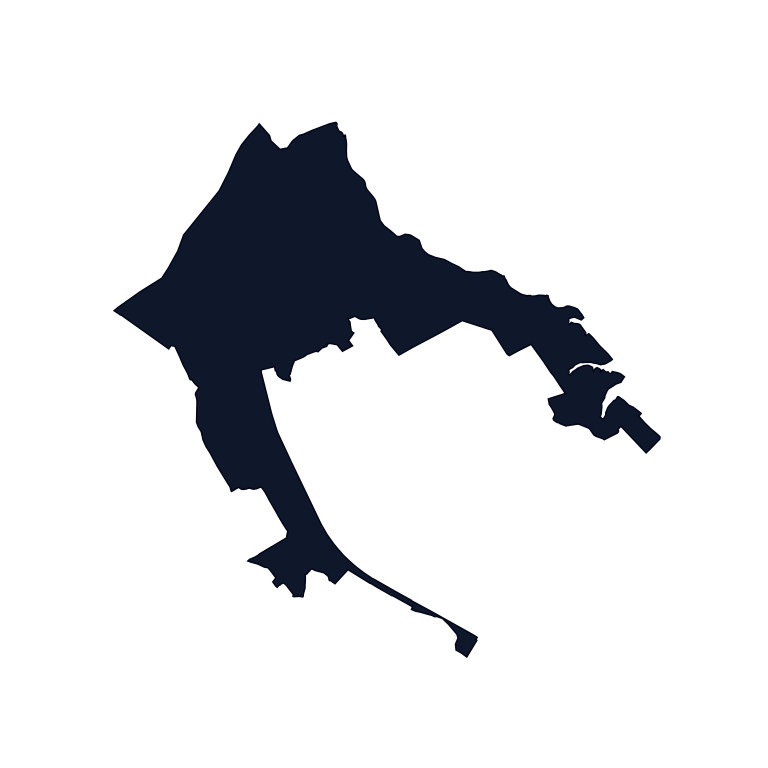 Cernavoda, Constanta, Romania (Robinson projection), rotated 18°
{"feature_id": "2599482B32404237581022", "entity_name": "Cernavoda", "entity_type": "district", "adm_level": 2, "iso_a3": "ROU", "parent_name": "Romania", "parent_adm1": "Constanta", "projection": "robinson", "projection_center": [28.079, 44.315], "detail": "fine", "context": "isolated", "style": "filled", "palette": "ink", "viewbox_px": 768, "rotation_deg": 18, "n_neighbors": 0, "source": "geoboundaries", "source_scale": "gbopen_adm2", "svg_char_len": 6170}
<svg xmlns="http://www.w3.org/2000/svg" viewBox="0 0 768 768"><g transform="rotate(18 384 384)"><path d="M167.6,251.2L147.4,304.2L146.8,321.3L143.1,340.3L140.0,352.0L123.6,371.6L107.2,393.6L104.7,397.7L112.2,399.8L112.7,399.6L168.4,417.1L169.5,413.3L173.2,412.7L174.1,413.4L181.0,420.9L187.0,427.8L194.1,434.7L197.7,439.2L198.2,439.6L198.8,439.7L199.5,439.6L200.0,439.3L202.6,441.3L205.3,442.8L209.1,444.5L207.6,451.0L208.3,452.9L209.6,454.6L210.7,456.4L211.6,458.5L217.3,477.5L217.6,478.3L219.0,480.2L221.0,482.5L224.9,485.8L225.9,487.4L229.1,493.0L234.1,498.5L239.8,503.2L250.8,513.7L267.1,527.6L269.4,529.4L271.8,533.1L272.1,533.3L272.7,532.8L277.4,527.4L278.4,527.4L280.9,528.1L282.5,527.8L285.1,526.6L287.8,524.7L288.7,524.5L291.5,524.5L292.8,524.2L295.7,522.6L298.3,520.2L299.2,520.1L300.8,521.0L304.3,523.7L309.9,528.9L309.8,529.0L319.6,537.8L325.1,542.9L331.0,548.1L336.7,552.8L337.9,553.4L338.8,560.9L337.8,561.7L318.2,584.0L317.1,585.9L314.6,588.7L310.3,592.4L309.2,594.4L312.0,594.5L311.9,594.4L313.3,594.3L316.0,594.4L319.4,594.2L326.7,595.1L328.1,595.0L329.5,594.6L330.6,594.7L333.5,596.4L341.1,601.8L339.4,606.6L343.3,609.5L345.2,610.4L346.8,607.1L347.3,607.2L348.2,605.5L348.7,605.3L349.4,604.3L350.9,604.5L353.7,605.9L362.7,612.1L363.1,614.1L364.0,614.1L369.1,612.1L372.5,611.6L372.7,610.9L372.2,608.7L371.9,602.4L370.9,599.3L369.8,594.9L368.1,589.7L369.3,588.5L370.1,586.4L370.8,585.2L371.7,582.8L372.2,582.3L373.0,582.1L374.5,582.4L376.4,582.6L385.1,582.1L389.3,583.6L390.5,584.3L391.3,585.2L392.3,587.3L393.2,587.8L394.0,587.5L399.1,589.1L407.1,571.7L432.5,577.9L433.2,577.7L440.0,579.4L457.0,582.9L457.5,582.6L479.9,587.0L479.8,589.9L483.6,590.3L488.8,589.8L501.4,589.2L503.7,589.7L506.4,588.8L512.0,588.9L519.4,592.5L530.7,599.5L532.9,602.7L532.4,609.4L534.8,614.8L540.2,615.8L547.1,618.0L551.5,599.1L550.4,598.5L550.9,596.2L547.2,595.2L500.8,586.0L477.4,581.7L477.1,581.3L458.3,577.7L434.9,572.8L433.0,572.6L423.2,569.8L414.2,566.7L406.1,563.2L398.2,559.4L391.1,555.2L385.7,551.7L376.5,544.9L367.5,536.8L319.4,486.3L298.1,463.4L295.8,460.4L286.3,447.0L263.9,411.3L262.7,408.6L274.5,401.3L276.6,405.0L277.4,404.8L279.5,407.8L280.4,408.7L281.8,409.4L283.5,410.0L285.7,410.4L285.9,410.8L293.7,410.3L293.7,409.8L293.8,409.7L293.6,408.4L292.4,406.7L292.2,407.0L291.0,405.9L291.2,405.6L291.1,405.1L291.7,403.9L291.3,396.9L291.3,394.3L291.6,389.6L298.5,383.7L300.6,381.3L300.4,381.1L301.6,379.7L308.6,374.2L309.9,373.8L310.4,373.3L311.3,373.7L313.8,369.0L317.8,365.9L318.2,363.4L319.8,362.1L327.4,361.1L334.4,365.7L342.3,357.4L336.8,353.6L339.5,344.8L336.6,344.0L334.3,339.6L332.4,335.5L329.5,333.5L335.5,328.5L339.9,329.5L342.0,329.5L345.5,328.5L354.2,323.9L356.0,326.1L360.2,329.6L360.9,330.7L364.0,332.3L364.9,333.0L365.2,333.6L364.9,334.7L373.3,340.9L377.9,344.7L389.3,351.9L399.8,340.4L422.1,317.4L438.8,299.5L470.0,299.5L492.0,317.6L494.4,318.3L501.9,310.4L511.7,300.8L528.9,313.4L539.2,321.6L543.0,324.0L559.4,337.0L544.9,347.4L547.5,352.3L551.1,355.1L555.1,358.9L556.1,360.7L555.5,364.4L556.2,365.6L557.5,366.3L560.7,367.1L562.2,366.7L563.4,367.3L569.7,367.7L580.3,362.4L581.7,362.0L592.1,362.7L593.7,363.3L598.5,367.0L599.9,367.8L601.8,368.2L607.2,368.3L609.7,368.5L610.7,368.9L621.1,358.5L621.5,357.7L621.6,356.2L620.4,355.4L622.3,350.9L654.6,368.5L657.6,362.8L663.3,351.2L662.9,349.1L660.8,347.9L651.3,344.0L643.8,340.3L636.2,335.8L637.4,333.4L637.6,332.4L628.3,329.1L623.4,328.6L617.3,325.5L611.2,323.7L610.2,323.8L609.7,325.5L609.2,327.9L607.9,328.5L604.8,335.1L604.1,337.7L603.8,342.9L604.5,344.9L603.7,348.5L602.4,349.8L599.6,348.2L599.8,345.9L598.3,338.6L596.8,335.0L598.2,328.8L597.7,327.2L598.2,322.1L598.7,319.7L604.7,312.3L608.8,309.1L610.4,302.8L605.6,301.2L602.8,301.1L597.3,301.6L597.3,302.2L596.2,304.4L595.4,304.5L593.4,303.2L591.6,304.0L590.1,303.6L588.0,302.6L587.3,303.6L586.4,305.6L585.9,305.5L586.0,304.0L585.5,303.4L584.1,303.0L581.7,302.6L580.7,303.4L579.9,304.8L580.0,305.9L579.5,307.4L578.5,306.2L577.7,304.5L576.6,303.5L572.9,303.1L571.8,303.3L568.1,305.0L563.1,309.4L562.0,311.2L560.0,313.6L557.9,318.0L557.3,317.7L556.3,317.6L556.2,317.3L556.4,315.7L555.2,313.3L558.1,310.2L558.7,309.2L559.6,307.1L561.8,304.8L564.1,302.8L566.2,302.3L569.5,300.9L573.5,299.6L575.2,299.3L577.0,299.3L579.7,298.8L584.3,298.7L585.4,297.8L586.5,297.5L588.1,296.5L592.3,292.0L593.3,290.5L593.5,290.0L587.3,286.0L577.2,281.0L568.7,275.6L563.3,272.9L561.0,275.5L560.3,275.7L559.9,275.1L560.3,273.6L560.0,272.8L552.4,267.2L551.2,266.8L548.7,267.0L545.9,267.8L544.3,267.5L543.0,267.5L542.8,268.7L543.0,268.9L542.5,269.9L540.8,269.1L540.3,267.1L539.5,265.3L539.7,264.8L542.1,262.8L544.7,261.5L551.8,262.1L553.5,259.3L550.3,256.5L549.2,255.9L545.1,253.0L541.9,252.6L536.1,252.7L534.7,253.0L533.2,253.9L532.2,255.0L530.7,256.2L525.6,258.1L523.2,257.9L521.1,257.3L518.6,256.2L515.8,253.8L513.6,251.0L512.8,249.4L511.9,249.3L511.0,249.5L510.5,250.3L508.8,250.3L503.6,251.8L500.2,253.8L497.3,254.8L495.6,254.7L492.5,255.9L488.6,256.2L486.0,256.1L476.4,253.7L475.0,253.3L473.9,252.8L472.0,251.6L471.0,250.7L467.6,247.0L466.6,246.5L464.8,244.2L462.7,244.8L461.9,244.2L459.2,243.8L456.1,243.0L454.1,242.8L452.3,242.9L451.4,242.8L450.7,243.0L447.1,245.1L444.9,246.2L442.7,247.0L440.3,248.3L438.7,248.9L434.4,250.3L429.9,251.0L427.0,251.8L418.8,249.5L411.2,248.5L402.9,247.0L393.7,247.8L386.2,247.3L382.0,245.7L378.2,243.4L373.0,236.5L363.6,234.3L362.1,234.3L357.8,235.1L353.6,238.8L352.6,239.2L350.4,239.6L342.8,236.3L335.1,233.5L330.0,229.9L328.5,227.6L320.2,213.6L319.2,212.2L317.8,210.8L316.0,209.5L308.0,204.5L307.2,203.8L305.8,202.3L303.9,198.7L302.5,196.9L300.8,195.8L291.1,191.8L287.4,190.1L286.3,189.2L280.3,182.8L278.7,180.5L277.6,177.9L276.0,173.5L274.2,167.4L272.2,162.9L271.0,162.1L270.8,161.4L271.1,161.1L270.5,160.7L270.1,160.7L270.8,160.0L270.0,159.3L268.8,160.5L266.9,158.3L266.3,157.9L264.7,157.5L263.5,157.4L263.1,157.6L259.3,153.4L259.0,151.2L257.5,150.0L252.2,153.1L237.9,164.5L230.2,171.4L226.8,173.6L222.3,180.4L221.5,182.3L219.7,188.2L219.2,189.4L212.6,193.0L201.4,187.7L198.3,183.1L185.0,175.2L184.3,177.6L178.9,189.3L174.7,200.4L172.4,211.7L170.8,230.5L167.6,251.2Z" fill="#0f172a" stroke="#020617" stroke-width="1.5"/></g></svg>